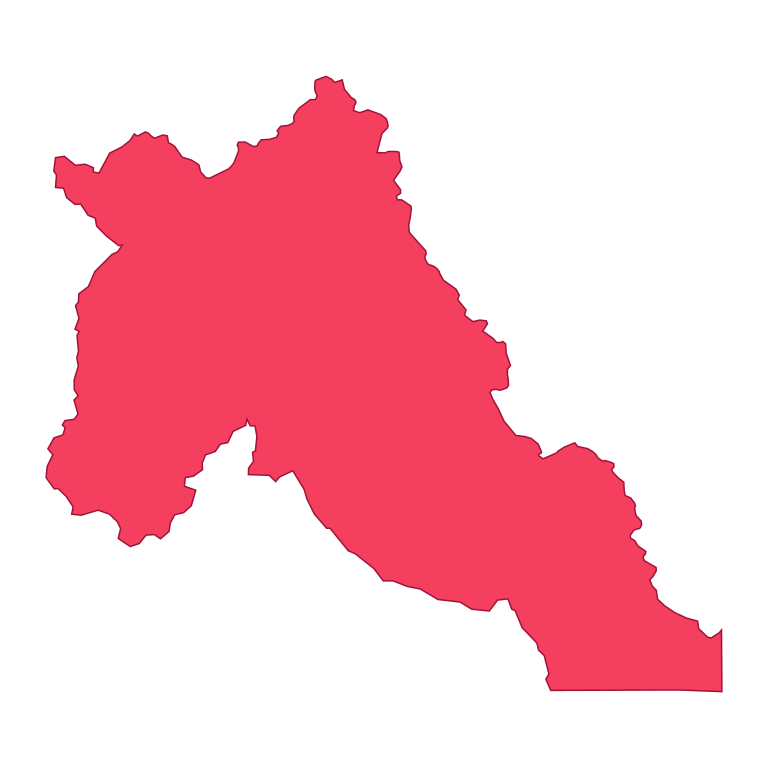 Lemhi, Idaho, United States of America
{"feature_id": "52423323B85740056665461", "entity_name": "Lemhi", "entity_type": "district", "adm_level": 2, "iso_a3": "USA", "parent_name": "United States of America", "parent_adm1": "Idaho", "projection": "robinson", "projection_center": [-113.907, 44.967], "detail": "fine", "context": "isolated", "style": "filled", "palette": "rose", "viewbox_px": 768, "rotation_deg": 0, "n_neighbors": 0, "source": "geoboundaries", "source_scale": "gbopen_adm2", "svg_char_len": 4049}
<svg xmlns="http://www.w3.org/2000/svg" viewBox="0 0 768 768"><path d="M550.7,690.4L660.7,690.0L679.2,690.0L721.9,691.6L721.5,630.0L719.4,632.6L711.2,638.0L707.6,637.2L698.7,628.7L697.6,621.1L686.5,618.1L675.1,612.8L664.9,606.0L657.5,599.1L656.3,590.3L652.3,586.1L649.8,579.7L652.8,576.7L656.3,570.7L656.1,567.5L644.3,560.7L643.0,557.0L645.5,553.8L645.8,551.4L637.9,545.9L634.7,540.6L630.6,538.2L630.2,535.5L633.5,530.6L636.3,529.1L639.3,528.6L640.4,527.5L641.7,524.1L641.0,520.9L636.2,515.7L635.3,512.7L634.6,507.9L635.5,505.8L634.5,503.0L630.7,498.0L625.2,495.5L624.2,490.8L623.8,482.2L618.8,478.4L612.8,472.3L611.8,469.2L613.9,467.2L613.9,463.8L610.8,462.2L604.9,460.5L603.0,461.3L597.7,457.8L596.4,455.1L592.6,451.5L587.5,448.6L577.7,446.5L574.8,442.8L564.4,447.1L558.2,451.0L556.6,452.9L543.1,458.8L538.9,455.9L538.7,454.3L541.4,452.9L541.6,452.2L538.2,444.1L531.1,438.4L524.6,436.5L515.9,435.5L504.1,421.3L498.1,408.4L492.6,398.9L490.1,392.7L491.5,390.0L496.1,389.3L498.1,389.9L500.6,390.2L506.8,387.9L508.5,385.3L508.2,378.5L507.4,374.9L507.5,369.0L510.5,365.5L506.4,353.9L505.9,349.9L505.7,343.9L502.8,341.5L500.8,342.4L496.6,342.5L493.3,338.6L482.7,331.1L485.3,327.3L487.5,323.6L486.2,320.8L479.8,320.1L472.9,321.6L464.4,315.2L466.1,310.0L457.7,299.6L459.3,295.1L456.0,289.2L443.4,280.2L439.9,273.8L439.0,271.2L436.7,268.4L433.8,266.4L430.8,265.1L429.4,265.1L427.3,263.3L424.9,258.5L425.1,256.1L426.2,253.9L425.8,250.9L410.3,233.6L409.2,231.8L408.7,225.2L410.3,217.3L411.3,208.8L411.1,206.7L410.6,205.8L401.7,199.9L397.3,199.8L396.3,196.2L400.6,193.3L400.5,189.6L394.2,181.2L393.9,179.9L400.5,170.4L401.9,166.8L399.7,160.4L399.3,153.2L398.7,152.0L395.9,151.5L389.7,151.5L387.6,151.6L385.5,152.9L377.0,152.6L381.9,133.7L387.3,128.0L388.1,126.1L387.6,122.8L386.3,118.9L380.9,114.6L368.0,109.9L359.8,112.7L353.5,110.6L354.4,105.6L356.0,102.5L354.9,99.7L351.3,97.6L344.5,89.4L342.2,80.0L342.2,79.9L334.7,82.4L331.7,79.3L326.1,76.4L316.4,79.9L315.1,81.2L314.7,86.1L314.9,90.6L317.0,95.6L316.6,97.4L315.3,99.6L310.4,99.6L298.9,108.3L294.2,115.0L293.7,118.1L294.1,121.0L292.6,123.4L288.0,125.4L280.6,126.3L277.5,130.3L277.2,131.1L278.5,132.6L278.3,134.0L276.3,137.4L269.7,139.3L261.2,139.9L259.1,142.3L257.0,146.0L253.3,146.5L245.2,142.0L238.4,142.2L237.2,145.5L238.4,147.4L238.5,151.1L233.9,162.9L230.8,166.9L228.0,169.2L209.8,178.1L205.9,177.8L200.6,171.9L199.0,165.2L198.0,164.2L191.3,160.0L182.2,157.2L174.5,146.2L170.5,143.6L168.5,143.0L167.3,135.8L162.8,135.0L154.6,138.2L151.9,136.6L148.1,133.0L145.3,131.9L137.5,136.1L134.3,134.0L130.0,140.5L122.0,146.9L109.7,153.1L99.0,173.1L93.3,171.9L93.4,167.7L85.1,164.2L75.4,165.3L64.3,156.3L55.5,157.7L53.8,170.9L56.5,175.1L55.5,187.5L63.6,188.2L66.6,197.6L75.0,204.4L80.7,204.1L88.2,215.4L95.2,218.1L96.7,226.2L106.5,236.1L118.8,245.7L122.3,245.1L117.6,251.8L112.0,254.4L94.9,271.5L88.4,286.6L78.9,293.7L78.4,302.0L75.5,305.7L79.0,318.2L75.0,329.2L79.2,331.5L77.0,335.5L78.5,351.1L76.8,357.6L78.3,366.2L74.1,380.0L74.3,389.8L78.1,395.9L74.0,400.1L78.0,414.0L74.2,419.3L64.9,420.6L62.4,425.0L65.1,427.7L63.0,434.8L54.0,437.9L47.9,448.8L52.8,454.7L47.2,466.4L46.1,477.7L54.3,488.9L58.0,488.5L66.3,496.5L73.1,506.9L71.7,514.2L81.1,515.2L98.1,510.2L109.4,514.1L117.3,521.7L120.6,528.5L118.3,538.5L130.2,546.5L139.2,543.6L146.1,535.1L154.4,534.6L160.5,538.8L169.1,531.4L170.3,523.1L174.7,514.8L183.7,512.6L191.3,505.7L195.8,490.2L184.4,486.2L185.3,477.7L193.5,476.1L202.5,469.7L202.2,463.0L205.5,454.9L215.2,451.5L220.4,444.1L227.8,442.6L233.1,431.4L245.7,425.3L246.9,419.1L250.2,425.8L255.0,425.9L256.9,436.4L255.4,451.0L252.6,452.3L253.5,461.4L248.6,468.2L248.4,474.6L269.2,475.3L275.7,481.6L279.6,476.9L292.8,470.8L304.2,489.5L306.9,498.9L314.4,514.1L326.7,528.3L330.0,528.2L348.2,550.7L355.3,553.8L373.8,568.5L383.3,580.9L392.8,580.8L407.2,586.4L420.3,589.0L437.9,599.5L459.9,602.0L471.7,609.2L489.3,611.0L497.6,600.1L508.0,598.9L511.7,609.1L515.2,610.7L522.2,627.7L536.9,643.1L538.5,650.1L544.2,655.5L548.9,673.9L545.9,679.2L550.7,690.4Z" fill="#f43f5e" stroke="#9f1239" stroke-width="1.5"/></svg>